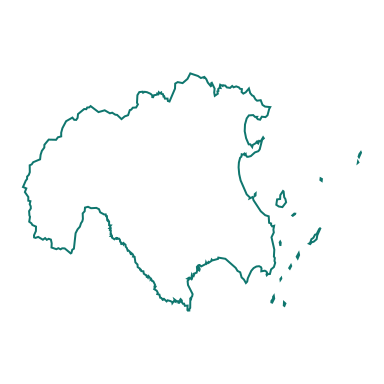 Mueang Chumphon, Chumphon, Thailand
{"feature_id": "78962969B98513792826345", "entity_name": "Mueang Chumphon", "entity_type": "district", "adm_level": 2, "iso_a3": "THA", "parent_name": "Thailand", "parent_adm1": "Chumphon", "projection": "equal_earth", "projection_center": [99.148, 10.452], "detail": "fine", "context": "isolated", "style": "outline", "palette": "teal", "viewbox_px": 384, "rotation_deg": 0, "n_neighbors": 0, "source": "geoboundaries", "source_scale": "gbopen_adm2", "svg_char_len": 5988}
<svg xmlns="http://www.w3.org/2000/svg" viewBox="0 0 384 384"><path d="M56.4,249.2L58.3,248.2L60.6,249.3L62.2,248.3L64.7,248.4L70.7,253.4L71.4,253.0L72.3,249.7L73.9,248.7L75.6,233.2L77.6,229.3L79.9,226.7L81.0,223.2L82.3,221.3L82.9,219.0L82.7,213.4L84.7,211.2L85.0,207.6L88.0,206.8L91.0,208.2L96.4,207.9L99.0,209.2L100.2,212.3L104.2,214.5L105.7,214.4L106.1,216.2L106.9,216.2L107.2,220.2L107.7,220.8L108.2,220.2L109.1,221.6L109.1,225.2L110.7,225.4L110.0,226.2L110.5,227.3L109.5,228.3L110.6,228.6L110.0,230.1L110.8,230.4L110.6,234.1L111.1,234.0L111.6,235.5L111.0,236.1L112.0,236.2L112.0,237.6L114.4,239.3L116.3,237.9L117.2,238.0L117.1,238.9L119.1,238.7L120.0,240.0L120.1,241.6L121.4,242.8L121.1,243.8L121.9,244.1L123.4,243.1L123.7,244.2L124.1,243.6L125.5,244.7L125.7,246.7L126.8,248.0L127.7,250.7L128.4,250.4L129.7,251.6L130.8,254.1L131.4,254.2L131.4,253.1L132.7,254.2L133.5,255.8L133.1,256.6L134.6,256.9L135.4,262.4L137.5,264.5L137.7,267.1L139.9,268.6L140.0,269.6L140.9,269.7L141.3,271.1L143.4,271.3L143.8,273.7L146.5,275.6L146.9,277.7L147.2,276.4L148.0,277.6L148.6,276.2L150.6,278.6L150.6,279.5L151.2,279.0L152.2,281.1L153.3,281.3L155.0,284.8L154.5,286.6L155.5,286.7L154.2,289.1L156.7,290.7L157.8,292.8L157.3,294.1L159.4,294.6L160.2,297.7L161.3,297.9L163.2,300.5L163.0,299.0L163.9,298.8L166.6,301.4L167.6,300.3L170.2,301.0L172.2,302.0L172.4,303.1L173.8,301.2L175.2,301.7L174.5,299.5L176.7,301.2L178.7,301.2L178.3,302.6L179.0,302.9L180.8,301.2L180.2,299.6L180.6,299.1L181.8,300.5L181.9,302.3L183.0,303.8L184.1,303.7L184.8,305.8L187.6,305.6L187.4,310.0L187.9,310.6L189.3,310.5L189.3,309.3L190.2,307.9L190.3,299.5L191.0,299.5L191.2,298.5L190.6,298.1L192.1,296.5L192.6,294.1L188.0,285.0L187.6,281.1L189.1,279.1L187.6,278.6L189.2,277.6L191.2,279.0L191.8,275.4L192.3,276.7L192.5,275.5L193.6,276.1L194.2,274.4L193.8,273.7L196.6,272.7L197.2,270.2L196.9,266.9L198.4,265.2L199.6,265.0L201.2,266.4L205.9,263.9L206.1,262.6L206.6,263.7L208.4,262.1L208.7,262.8L211.3,261.0L211.7,259.6L212.5,260.4L218.0,258.9L218.3,257.6L225.4,258.8L235.7,267.9L237.5,270.9L240.2,272.3L241.6,277.4L243.9,279.5L245.9,283.0L247.2,281.6L247.8,278.3L251.3,270.8L253.6,268.1L256.4,266.5L259.1,266.2L260.9,267.1L261.5,268.3L261.3,271.3L264.8,270.7L266.4,271.6L267.1,272.8L266.5,274.5L266.8,275.2L267.6,274.2L269.9,274.0L271.1,269.4L273.9,267.0L275.2,262.8L274.5,261.0L274.8,258.0L273.9,256.5L274.3,249.6L271.5,237.3L273.8,232.5L273.4,229.6L274.1,225.8L272.2,226.4L271.1,224.9L271.1,223.5L269.1,222.8L268.7,216.3L265.2,215.2L260.8,211.3L253.5,200.2L252.7,197.0L249.7,198.4L250.0,197.6L246.7,194.4L240.6,180.4L239.2,174.1L238.6,167.3L238.9,162.5L240.1,157.8L241.4,156.6L241.7,154.3L243.0,154.7L244.1,153.8L244.8,154.9L245.7,154.1L246.0,156.1L245.9,155.3L247.1,156.8L248.1,156.8L250.8,156.1L254.9,152.4L258.3,151.2L259.7,149.4L262.1,139.9L263.8,138.3L263.1,137.3L261.2,140.5L260.2,141.3L259.2,140.9L258.2,143.5L257.6,143.1L258.0,141.3L257.0,141.4L255.7,143.2L252.7,145.0L252.2,147.0L250.3,144.3L248.7,144.3L246.1,138.2L244.7,131.2L245.0,124.5L246.7,118.4L248.9,115.4L253.2,115.1L255.0,116.9L256.9,116.9L256.4,117.6L257.8,119.2L260.1,119.7L261.8,116.7L265.5,117.1L267.5,115.3L269.2,108.9L270.2,107.1L265.1,106.6L262.5,104.9L260.7,100.2L257.1,100.7L255.5,99.4L253.6,96.1L252.1,95.4L250.2,93.1L248.9,88.5L245.7,92.3L243.3,93.6L241.6,92.0L241.9,89.1L239.9,88.7L238.9,87.4L236.2,86.4L233.6,87.3L232.2,86.0L230.1,87.9L226.8,87.4L225.3,85.6L223.4,85.4L223.5,84.5L222.7,86.0L220.2,84.7L219.8,86.3L220.5,88.0L219.4,87.9L218.2,89.1L218.4,91.0L217.4,91.4L217.8,93.7L214.8,95.8L214.2,92.6L214.6,88.6L211.8,82.8L211.2,83.2L211.3,85.8L210.8,86.2L207.8,82.6L206.3,79.2L205.0,77.6L204.3,77.9L204.1,77.0L200.9,78.0L198.0,76.0L190.3,73.4L187.5,78.9L182.6,83.1L177.7,82.1L175.2,83.6L175.0,88.6L169.5,101.5L167.9,101.0L167.5,98.6L164.9,98.6L164.2,96.3L163.5,96.5L163.0,94.2L161.4,93.9L161.2,92.5L159.8,93.3L158.8,92.3L158.3,94.2L157.2,93.6L156.9,94.7L154.0,95.2L153.1,97.2L152.3,97.1L152.2,95.3L150.6,93.8L147.0,92.2L144.7,91.8L143.1,92.7L142.7,91.7L139.3,92.1L137.4,95.2L137.0,102.8L137.9,104.4L136.1,107.5L132.8,107.7L131.2,109.7L129.8,110.1L128.1,115.2L124.7,116.4L121.5,119.1L117.1,114.9L115.3,114.7L112.2,112.7L109.9,113.3L104.7,110.3L98.5,112.1L90.6,106.1L89.2,107.4L87.2,107.5L86.3,109.2L84.2,109.0L78.0,114.1L77.6,117.9L76.2,119.9L74.2,119.8L72.4,117.6L66.1,121.2L62.4,128.2L61.2,132.7L61.2,136.4L57.9,137.3L56.1,139.8L48.7,139.6L44.4,144.8L44.3,147.6L41.9,150.8L40.6,154.8L40.1,159.3L33.2,162.2L31.7,164.4L29.7,165.3L29.8,172.2L28.8,174.9L27.1,176.6L27.1,179.0L25.8,180.6L23.0,187.0L26.3,188.4L24.9,192.1L28.3,197.0L28.3,200.7L30.4,201.2L29.7,204.2L30.7,206.2L30.8,208.5L29.1,211.1L29.4,215.4L30.0,216.8L29.2,221.7L31.4,223.3L32.4,225.0L36.0,226.6L35.9,231.1L34.0,235.3L34.1,237.4L35.5,237.9L38.2,236.9L42.9,239.7L45.1,238.1L46.8,239.8L48.7,238.8L50.9,239.6L51.7,243.3L51.5,247.5L56.4,249.2ZM285.4,199.1L284.2,197.2L283.6,191.5L283.0,191.0L280.3,195.1L280.1,199.0L277.1,199.4L276.3,204.8L278.8,206.5L282.4,207.1L286.1,202.3L285.4,199.1ZM317.3,235.3L320.6,227.8L319.2,229.0L316.6,234.2L315.0,234.7L313.4,237.8L311.4,239.2L310.2,242.7L309.0,243.6L310.2,244.1L311.6,242.3L313.7,241.7L316.6,239.2L317.3,235.3ZM272.2,302.6L274.2,298.6L273.8,295.8L273.1,296.8L273.1,298.5L271.4,301.0L271.4,302.3L272.2,302.6ZM298.7,253.1L296.7,256.7L297.7,258.4L299.1,255.0L298.7,253.1ZM359.0,157.2L361.0,152.7L360.8,152.2L359.4,154.1L358.6,156.6L359.0,157.2ZM321.7,180.9L321.9,179.0L320.6,178.3L320.4,180.0L321.7,180.9ZM199.3,270.5L199.7,269.1L198.9,267.4L198.1,269.9L199.3,270.5ZM289.8,268.7L291.2,266.0L290.9,265.2L289.2,268.0L289.8,268.7ZM285.4,303.5L284.0,302.2L283.8,305.5L284.4,305.9L285.4,303.5ZM280.4,245.9L280.7,242.6L280.2,241.6L279.7,242.4L280.4,245.9ZM292.8,215.8L295.1,214.1L295.2,213.7L294.3,213.6L292.3,215.4L292.8,215.8ZM254.8,196.0L255.5,195.5L255.6,193.4L254.8,194.1L254.8,196.0ZM280.5,279.8L281.3,278.6L281.2,278.0L280.4,279.0L280.5,279.8ZM357.8,162.9L358.4,162.4L358.0,161.7L357.8,162.9Z" fill="none" stroke="#0f766e" stroke-width="2"/></svg>